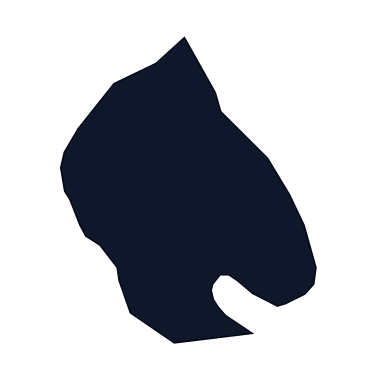 Hrastnik, orthographic projection, rotated 8°
{"feature_id": "SVN-951", "entity_name": "Hrastnik", "entity_type": "Municipality", "adm_level": 1, "iso_a3": "SVN", "parent_name": "Slovenia", "parent_adm1": "", "projection": "orthographic", "projection_center": [15.129, 46.135], "detail": "fine", "context": "isolated", "style": "filled", "palette": "ink", "viewbox_px": 384, "rotation_deg": 8, "n_neighbors": 0, "source": "natural_earth", "source_scale": "10m", "svg_char_len": 589}
<svg xmlns="http://www.w3.org/2000/svg" viewBox="0 0 384 384"><g transform="rotate(8 192 192)"><path d="M195.5,343.9L147.8,320.3L132.1,289.8L128.4,277.2L108.3,257.5L92.9,250.4L85.5,240.2L72.1,216.4L65.8,209.0L58.6,186.2L60.0,170.4L70.5,145.0L99.7,95.5L138.5,69.6L163.0,40.1L201.2,90.3L209.3,108.4L262.2,148.1L289.0,181.1L307.6,209.3L325.3,249.6L325.4,266.2L318.0,277.3L299.9,289.7L292.4,293.1L266.3,284.1L249.2,273.4L240.1,268.9L231.4,270.0L225.4,280.2L224.7,286.8L228.1,295.4L234.1,302.5L242.5,309.7L271.3,323.6L195.5,343.9Z" fill="#0f172a" stroke="#020617" stroke-width="1.5"/></g></svg>